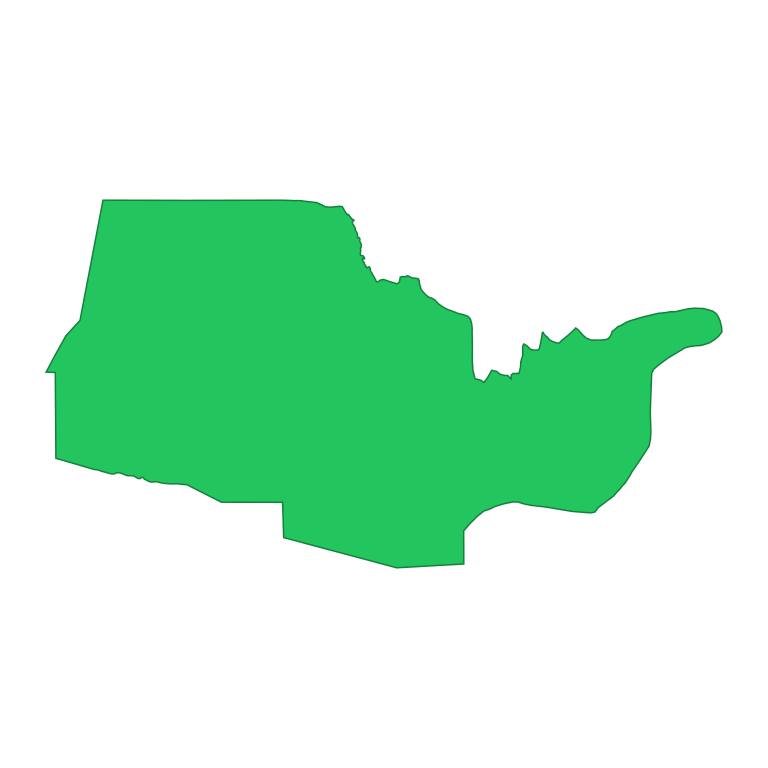 the district of Svay Chek, Bântéay Méanchey, Cambodia
{"feature_id": "14789045B19114929433175", "entity_name": "Svay Chek", "entity_type": "district", "adm_level": 2, "iso_a3": "KHM", "parent_name": "Cambodia", "parent_adm1": "Bântéay Méanchey", "projection": "robinson", "projection_center": [103.023, 13.816], "detail": "fine", "context": "isolated", "style": "filled", "palette": "green", "viewbox_px": 768, "rotation_deg": 0, "n_neighbors": 0, "source": "geoboundaries", "source_scale": "gbopen_adm2", "svg_char_len": 4225}
<svg xmlns="http://www.w3.org/2000/svg" viewBox="0 0 768 768"><path d="M706.9,309.4L703.0,308.5L694.4,308.2L688.1,308.8L681.4,310.3L675.6,311.7L670.8,311.7L664.7,312.7L657.7,313.4L650.4,315.2L643.2,316.9L637.1,318.7L631.3,320.4L627.3,321.8L623.5,323.9L620.7,325.6L617.9,326.6L614.5,329.7L612.0,331.6L611.6,333.6L609.8,337.0L607.9,338.9L604.2,339.9L598.7,340.1L591.1,340.0L586.3,338.1L582.7,334.9L578.1,329.7L575.7,328.0L572.9,331.0L568.3,335.1L562.5,339.8L558.9,343.2L557.8,343.1L554.7,342.3L551.4,340.9L548.8,339.2L547.2,336.9L545.6,335.9L544.4,334.7L543.2,332.4L542.4,332.4L541.6,337.5L540.6,342.9L539.5,348.0L538.4,349.9L534.7,350.2L531.2,349.6L529.1,348.0L527.5,346.3L526.1,345.3L523.7,344.0L522.8,346.1L522.7,348.4L522.7,352.4L522.8,355.6L521.9,357.9L520.8,361.7L520.5,366.9L519.4,371.8L518.7,373.6L518.0,373.3L516.0,373.5L513.2,373.4L511.2,375.0L511.1,378.9L509.6,377.5L507.8,375.5L504.3,375.4L500.0,374.2L496.6,371.4L491.8,370.3L489.1,375.0L486.8,378.8L484.8,381.2L484.0,382.5L482.9,381.8L481.1,380.4L478.9,379.7L475.1,378.8L474.8,377.9L474.2,375.3L473.1,371.4L472.6,365.7L472.3,360.1L472.3,358.0L472.3,353.8L472.4,346.8L472.3,340.0L472.1,332.7L472.2,328.6L471.7,323.7L470.4,319.0L468.1,316.4L463.4,314.7L457.7,313.3L452.3,311.1L447.6,309.5L443.3,307.2L438.9,304.2L434.7,299.9L432.2,298.3L428.6,297.1L425.0,294.1L421.1,289.5L420.3,286.4L420.0,285.5L419.6,284.0L419.4,282.9L419.2,280.6L418.4,278.8L417.6,278.6L416.2,278.4L414.6,278.1L412.6,278.0L409.9,276.9L407.7,275.6L405.1,276.8L402.3,276.5L400.2,277.2L399.6,281.4L398.4,283.0L396.8,283.8L395.8,283.4L392.9,282.5L390.4,281.9L386.5,280.4L383.2,279.5L380.0,280.2L378.4,281.5L376.4,281.8L375.8,280.5L375.6,279.7L374.7,278.1L373.6,276.1L372.8,274.8L372.1,273.9L371.8,272.7L371.0,271.8L370.5,270.6L370.3,269.4L370.2,268.4L369.4,267.0L368.4,266.9L367.1,267.9L366.4,267.3L365.6,266.7L365.9,265.9L364.7,264.4L364.2,263.6L364.4,262.8L363.5,261.9L362.5,260.6L362.5,259.4L362.7,258.5L364.0,259.1L364.6,258.1L364.0,257.0L363.2,256.5L363.0,255.7L361.5,255.6L360.7,255.3L360.3,254.1L360.2,253.2L360.6,252.0L360.7,251.0L360.6,249.7L360.5,248.6L361.1,247.5L361.1,246.6L361.4,245.7L361.2,244.3L360.4,242.5L359.9,241.3L359.6,240.4L359.9,239.3L359.8,238.4L358.9,237.5L358.2,237.9L357.6,237.1L357.4,236.1L357.5,235.1L357.2,233.4L356.5,232.0L355.5,230.6L355.2,228.1L353.5,224.9L352.7,223.9L352.3,222.4L352.4,221.6L353.9,220.6L353.6,219.6L352.1,219.4L351.3,218.2L350.2,216.8L349.3,215.7L348.6,214.6L347.5,214.8L345.3,212.1L343.5,208.8L342.2,206.6L339.8,206.3L334.5,206.8L330.5,207.2L325.4,206.8L321.9,204.9L316.7,202.6L311.4,202.0L305.4,201.3L299.9,200.6L293.4,200.6L288.8,200.4L281.1,200.2L186.0,200.4L153.5,200.3L103.0,200.2L80.0,320.4L65.9,335.8L57.1,351.6L52.6,359.7L52.2,360.7L46.1,372.1L55.3,372.5L55.9,458.3L94.3,469.5L95.2,469.6L97.6,469.8L100.3,470.8L103.1,471.7L105.9,472.3L108.8,473.3L112.2,474.0L114.6,473.8L117.4,472.6L120.4,473.0L123.6,474.2L127.0,475.6L130.0,475.7L133.6,475.9L135.9,477.2L137.5,478.2L139.6,478.7L140.9,477.9L141.6,477.2L143.5,477.9L144.4,479.2L146.0,479.9L147.7,480.9L150.2,481.9L153.3,482.0L155.7,481.6L157.9,482.0L159.8,482.6L162.5,483.0L165.1,483.5L167.7,483.6L170.3,483.8L173.0,483.9L174.6,483.8L176.2,483.7L178.0,483.9L179.7,484.0L181.5,484.3L182.9,484.4L186.9,484.7L221.4,502.2L282.6,502.3L283.7,537.6L396.7,567.8L423.1,566.3L440.2,565.3L463.8,564.0L463.7,530.8L470.2,523.4L477.4,516.2L483.9,511.0L489.5,509.2L495.3,506.4L502.7,504.1L507.8,502.9L511.0,502.4L512.5,502.0L517.8,502.0L523.6,503.8L530.8,505.3L540.5,506.4L548.9,507.5L556.9,508.9L565.3,510.3L572.0,511.4L579.3,512.0L586.7,512.6L591.5,512.8L594.9,512.0L595.4,511.3L596.1,510.6L596.7,509.6L597.8,508.2L598.7,507.2L611.7,497.4L613.4,496.1L615.1,494.3L616.3,492.8L618.5,490.4L619.2,489.8L620.0,488.9L621.0,487.5L622.9,485.3L624.8,483.4L629.0,477.1L632.4,471.1L633.1,470.2L635.2,467.1L640.0,460.1L649.1,446.0L650.5,439.0L650.9,431.0L650.3,412.8L650.7,399.0L651.7,373.0L653.9,369.0L659.4,364.4L668.5,357.7L678.1,352.0L684.1,348.3L685.2,347.8L687.1,347.2L690.6,346.4L695.8,345.8L700.6,345.5L705.8,344.1L709.8,342.7L714.9,339.4L718.9,335.9L721.9,331.9L721.6,327.2L720.0,320.7L718.1,316.4L716.1,313.6L712.9,311.2L708.7,309.9L706.9,309.4Z" fill="#22c55e" stroke="#15803d" stroke-width="1.5"/></svg>